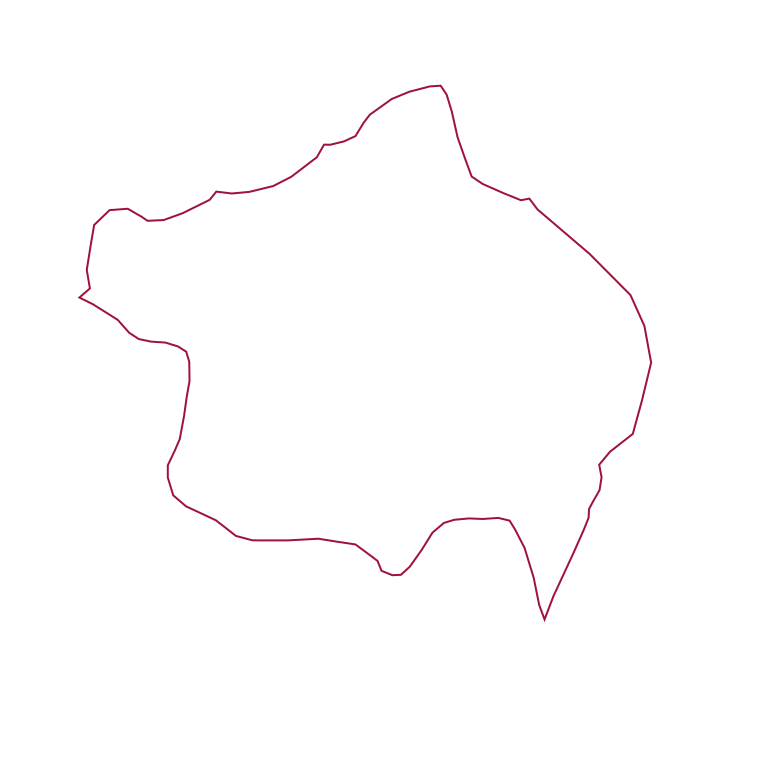 map outline of Demir Kapija (Robinson projection), rotated 253°
{"feature_id": "MKD-2927", "entity_name": "Demir Kapija", "entity_type": "Statistical Region", "adm_level": 1, "iso_a3": "MKD", "parent_name": "North Macedonia", "parent_adm1": "", "projection": "robinson", "projection_center": [22.23, 41.383], "detail": "fine", "context": "isolated", "style": "outline", "palette": "rose", "viewbox_px": 768, "rotation_deg": 253, "n_neighbors": 0, "source": "natural_earth", "source_scale": "10m", "svg_char_len": 1366}
<svg xmlns="http://www.w3.org/2000/svg" viewBox="0 0 768 768"><g transform="rotate(253 384 384)"><path d="M462.3,204.3L472.7,204.3L480.1,198.0L487.5,187.1L492.7,173.5L498.7,162.6L507.5,155.3L523.2,148.1L545.3,129.0L555.7,118.0L561.4,130.7L580.0,133.1L604.3,145.0L620.8,153.3L630.5,172.4L626.5,190.2L614.9,201.0L609.2,205.6L605.2,221.2L606.2,241.3L611.1,271.1L617.0,279.9L610.7,294.1L607.1,311.4L605.7,336.0L609.3,356.0L620.5,386.1L630.4,396.6L628.5,402.7L627.7,416.5L629.4,429.2L639.7,440.8L645.7,449.2L654.3,474.7L656.1,493.7L655.2,514.8L652.7,525.4L642.3,528.5L625.0,528.5L598.3,526.5L574.0,527.5L556.7,528.5L546.3,537.0L531.7,553.9L519.7,568.7L518.8,577.2L506.1,581.8L448.2,618.7L397.0,645.7L363.4,650.0L326.3,645.7L292.7,625.8L263.5,607.3L253.2,580.4L243.9,566.2L231.2,564.8L219.5,559.1L211.5,550.6L204.5,543.5L196.3,540.6L185.9,532.2L166.1,515.0L131.8,484.2L111.9,468.7L115.3,468.5L127.4,467.8L154.9,470.5L186.2,470.5L206.0,466.9L216.6,464.2L222.5,454.2L226.1,438.8L230.6,426.0L233.6,411.5L233.6,400.6L227.7,386.9L214.3,371.5L201.7,355.2L196.6,344.3L198.7,336.1L206.1,327.0L216.7,326.1L229.2,317.0L238.9,309.8L246.3,294.3L255.2,276.1L262.6,246.1L272.9,212.6L282.0,198.0L302.8,183.4L324.9,158.9L339.1,149.9L357.7,149.9L369.5,153.5L381.4,164.4L391.1,172.6L411.8,183.4L429.6,191.7L443.7,198.9L462.3,204.3Z" fill="none" stroke="#9f1239" stroke-width="2"/></g></svg>